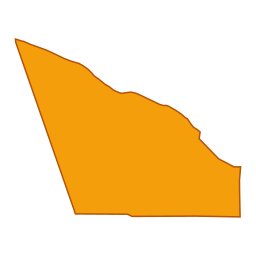 the district of McCracken, Kentucky, United States of America
{"feature_id": "52423323B88387412607829", "entity_name": "McCracken", "entity_type": "district", "adm_level": 2, "iso_a3": "USA", "parent_name": "United States of America", "parent_adm1": "Kentucky", "projection": "natural_earth1", "projection_center": [-88.715, 37.085], "detail": "fine", "context": "isolated", "style": "filled", "palette": "amber", "viewbox_px": 256, "rotation_deg": 0, "n_neighbors": 0, "source": "geoboundaries", "source_scale": "gbopen_adm2", "svg_char_len": 709}
<svg xmlns="http://www.w3.org/2000/svg" viewBox="0 0 256 256"><path d="M15.4,39.1L15.8,42.5L47.3,133.0L71.0,201.0L73.9,209.4L75.4,213.9L127.3,214.2L132.1,216.4L195.4,216.1L240.1,216.9L239.6,192.6L239.5,180.1L240.6,166.8L234.0,166.9L218.7,158.9L199.1,138.7L200.1,132.0L197.4,129.7L193.7,127.4L191.2,124.5L187.4,118.8L185.1,117.5L181.4,114.2L176.3,110.7L169.1,106.5L166.7,105.5L163.0,105.4L159.6,104.4L138.1,94.1L135.0,93.0L130.7,92.1L121.8,93.3L120.2,93.0L115.9,91.3L113.0,89.7L108.9,86.5L105.4,84.6L99.3,79.6L94.0,75.8L92.2,73.5L88.5,69.7L83.2,65.8L79.1,63.5L71.5,61.3L64.4,58.6L47.1,50.4L30.5,44.4L23.4,41.3L21.5,41.0L17.9,39.8L16.0,39.2L15.4,39.1Z" fill="#f59e0b" stroke="#b45309" stroke-width="1.5"/></svg>